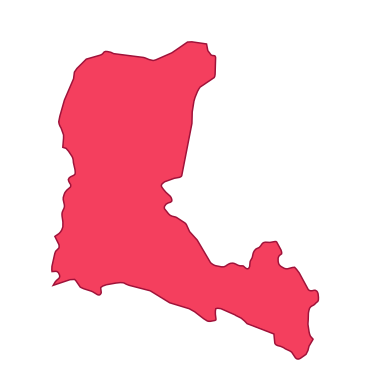 SVG path tracing the border of Suphan Buri, rotated 189°
{"feature_id": "THA-403", "entity_name": "Suphan Buri", "entity_type": "Province", "adm_level": 1, "iso_a3": "THA", "parent_name": "Thailand", "parent_adm1": "", "projection": "mercator", "projection_center": [99.785, 14.567], "detail": "fine", "context": "isolated", "style": "filled", "palette": "rose", "viewbox_px": 384, "rotation_deg": 189, "n_neighbors": 0, "source": "natural_earth", "source_scale": "10m", "svg_char_len": 3872}
<svg xmlns="http://www.w3.org/2000/svg" viewBox="0 0 384 384"><g transform="rotate(189 192 192)"><path d="M314.5,78.1L313.1,81.7L312.6,82.5L311.9,83.6L310.1,85.7L309.6,86.6L309.4,87.7L309.8,89.2L311.3,91.4L312.6,92.2L313.9,92.4L317.8,91.5L318.3,93.3L318.7,96.7L317.9,109.7L317.4,112.1L314.9,115.6L314.6,116.3L314.8,117.9L315.2,119.2L320.5,126.7L316.9,130.1L315.8,131.7L314.9,133.6L314.6,134.6L314.1,137.4L314.8,142.1L316.6,148.0L317.0,150.0L317.0,151.7L316.4,154.2L315.9,155.7L315.7,157.4L316.0,159.2L318.0,164.3L318.3,166.4L317.9,169.5L317.5,171.3L316.9,172.6L316.4,173.4L315.9,174.3L312.9,177.8L312.7,178.9L313.0,180.3L314.7,182.3L315.6,183.7L316.1,185.0L315.5,186.7L314.7,187.6L313.8,188.4L313.0,188.9L311.4,190.0L310.8,190.7L310.3,191.5L310.4,193.2L311.0,195.6L313.7,202.4L314.4,205.2L315.2,207.1L316.1,208.4L320.3,213.0L323.2,215.4L326.6,215.9L327.3,225.1L327.8,228.3L331.2,234.5L332.9,236.7L333.9,238.5L334.6,240.5L334.4,246.1L332.4,262.8L326.7,285.3L326.9,292.0L325.0,296.0L317.2,306.7L304.3,312.7L303.1,313.4L302.3,314.1L301.6,314.9L301.2,315.8L300.6,316.6L299.4,317.3L297.6,317.5L294.1,317.3L291.0,316.4L260.9,317.3L259.3,317.1L255.1,316.1L251.4,315.8L250.5,315.9L248.5,316.8L233.7,326.3L219.9,339.4L215.6,340.3L200.8,340.5L198.5,334.1L194.7,330.4L193.3,330.0L192.2,330.1L190.8,330.1L190.1,329.4L189.7,328.4L187.6,311.9L187.6,309.9L188.0,308.5L200.4,296.9L201.3,295.0L202.3,292.3L203.8,285.9L204.3,282.0L204.3,271.1L202.8,259.7L204.7,206.5L205.1,205.7L205.9,205.0L206.7,204.5L211.6,202.8L220.5,197.9L221.5,196.9L222.9,195.2L223.3,193.9L223.1,192.9L222.6,192.1L220.6,190.1L217.7,187.6L212.8,184.4L212.0,183.5L211.3,182.5L210.6,180.9L210.6,179.8L211.2,179.0L211.9,178.4L213.6,177.6L214.7,176.8L215.8,175.8L216.9,173.5L216.9,172.2L216.6,171.2L211.7,166.7L210.0,165.6L208.0,165.0L204.3,164.7L203.2,164.4L193.9,160.2L193.1,159.6L192.3,158.7L188.8,153.4L188.1,152.4L179.3,145.3L162.9,125.4L162.2,124.8L160.3,123.8L158.3,123.1L157.1,122.9L151.1,122.7L148.8,123.1L148.0,123.6L147.2,124.1L145.9,125.4L144.3,126.7L143.5,127.2L142.7,127.6L141.6,127.9L140.6,128.1L139.4,128.1L137.3,127.6L135.3,126.9L133.1,126.6L131.0,126.9L130.0,127.0L129.2,126.6L127.7,125.6L126.8,125.1L125.8,124.8L124.8,124.9L124.1,125.5L123.7,126.4L123.4,127.5L123.7,132.1L123.5,133.2L122.4,136.2L122.2,137.4L122.0,141.1L121.7,142.3L121.4,143.3L120.5,144.9L119.9,145.7L119.1,146.3L117.4,147.4L116.8,147.9L115.7,149.6L114.8,151.6L114.2,152.4L113.6,153.1L112.7,153.5L111.8,153.9L107.1,154.4L102.2,156.1L101.3,156.2L100.5,155.8L95.0,148.6L94.0,146.5L93.8,145.0L95.7,143.0L96.3,141.8L96.6,140.2L96.1,137.1L95.4,135.2L94.6,133.9L92.9,132.6L91.0,131.8L89.1,131.1L87.9,130.9L86.7,130.9L85.6,131.1L81.1,133.1L78.9,133.7L76.7,132.0L73.4,128.8L61.9,113.8L61.0,113.3L59.9,113.0L58.8,113.1L57.8,113.3L55.9,114.1L54.7,114.2L53.1,113.5L52.3,112.6L51.5,111.1L51.2,109.9L50.6,107.7L50.3,105.4L50.4,104.4L50.7,103.5L52.0,102.1L53.2,100.4L53.8,99.7L54.5,99.1L56.0,98.0L56.6,97.4L57.2,96.5L57.7,95.5L58.0,93.2L58.1,90.7L57.2,83.8L57.0,81.4L56.8,79.5L54.5,72.2L53.6,70.0L52.6,68.3L52.0,67.7L49.4,65.6L49.6,64.9L52.3,58.1L52.7,53.6L54.0,49.5L58.7,44.9L59.6,44.2L60.6,43.7L62.0,43.5L63.0,43.9L63.9,44.4L68.4,49.3L69.5,49.9L70.7,50.4L75.3,51.7L77.2,52.6L80.2,53.4L83.3,53.7L84.8,54.1L85.9,54.8L86.5,55.6L86.8,56.5L88.9,64.6L117.0,70.6L120.0,72.9L123.3,74.9L124.2,75.3L129.4,76.9L130.4,77.4L145.2,81.3L148.5,81.2L150.3,80.5L150.3,78.1L149.8,75.0L148.5,70.4L148.4,69.6L148.5,69.3L149.3,68.7L153.5,67.2L155.3,66.9L156.7,67.0L160.5,68.6L170.8,74.2L176.5,76.3L196.7,79.1L217.8,87.9L239.5,90.0L242.7,90.7L244.6,91.4L245.8,91.6L248.7,91.3L252.8,90.2L262.1,87.0L265.5,85.1L267.2,83.4L267.0,82.3L266.1,79.2L265.9,78.2L266.2,77.2L266.7,76.4L267.2,75.9L268.1,75.7L269.3,75.8L274.7,78.0L276.5,78.4L283.7,79.5L286.0,80.1L287.5,80.6L292.8,86.2L294.3,87.3L298.8,86.3L314.5,78.1Z" fill="#f43f5e" stroke="#9f1239" stroke-width="1.5"/></g></svg>